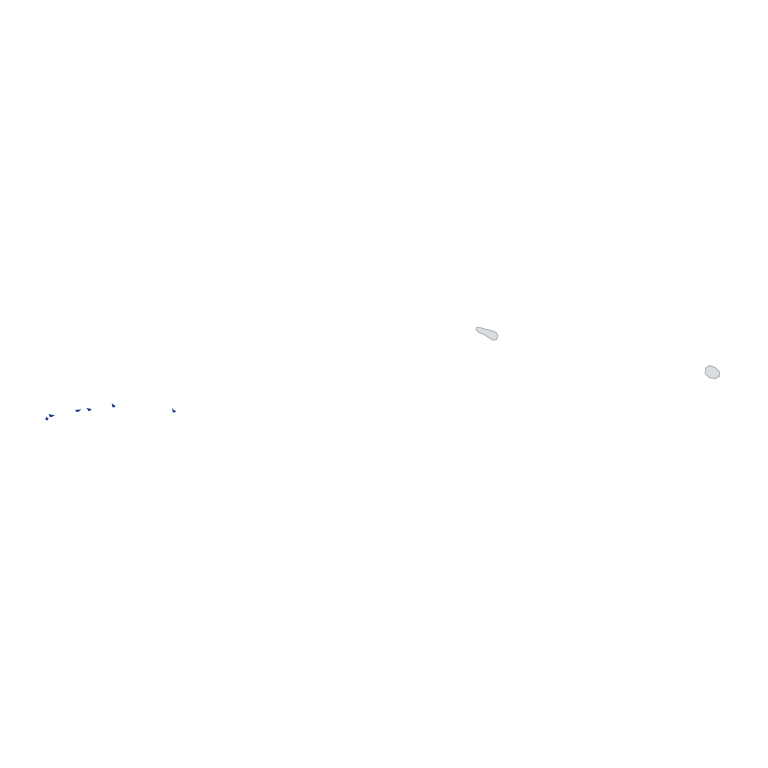 Raa highlighted on a map of Maldives, rotated 275°
{"feature_id": "MDV-5226", "entity_name": "Raa", "entity_type": "Atoll", "adm_level": 1, "iso_a3": "MDV", "parent_name": "Maldives", "parent_adm1": "", "projection": "natural_earth1", "projection_center": [72.972, 5.719], "detail": "coarse", "context": "in_parent", "style": "filled", "palette": "blue", "viewbox_px": 768, "rotation_deg": 275, "n_neighbors": 0, "source": "natural_earth", "source_scale": "10m", "svg_char_len": 1004}
<svg xmlns="http://www.w3.org/2000/svg" viewBox="0 0 768 768"><g transform="rotate(275 384 384)"><path d="M445.3,491.0L441.7,493.3L438.3,492.4L437.1,489.5L438.8,485.3L441.7,479.9L443.6,474.0L446.5,470.9L448.7,471.9L448.5,475.2L447.4,479.7L446.8,485.6L445.3,491.0ZM425.4,717.1L420.9,717.5L418.1,713.4L418.7,707.4L422.2,703.2L427.7,702.9L430.8,706.7L429.2,712.5L425.4,717.1Z" fill="#d9dde1" stroke="#a8b0b8" stroke-width="1"/><path d="M323.9,53.8L323.6,56.7L322.7,55.2L322.8,54.4L323.9,53.8ZM330.6,79.1L331.2,82.6L330.4,81.8L330.2,81.0L330.6,79.1ZM333.3,91.4L333.0,93.6L332.4,93.0L332.1,92.7L332.1,92.2L332.7,91.9L333.3,91.4ZM339.4,115.7L339.0,116.3L338.8,116.9L338.7,117.2L338.1,117.3L337.9,116.1L338.2,115.8L338.8,115.9L339.4,115.7ZM320.6,50.8L320.2,51.2L320.1,51.8L320.0,52.0L319.6,51.8L319.3,51.6L319.3,50.6L319.5,50.5L320.0,50.7L320.6,50.8ZM339.4,176.3L339.0,176.8L338.7,177.7L338.4,178.0L338.0,176.9L338.2,176.5L338.8,176.5L339.4,176.3Z" fill="#3b82f6" stroke="#1e3a8a" stroke-width="1.5"/></g></svg>